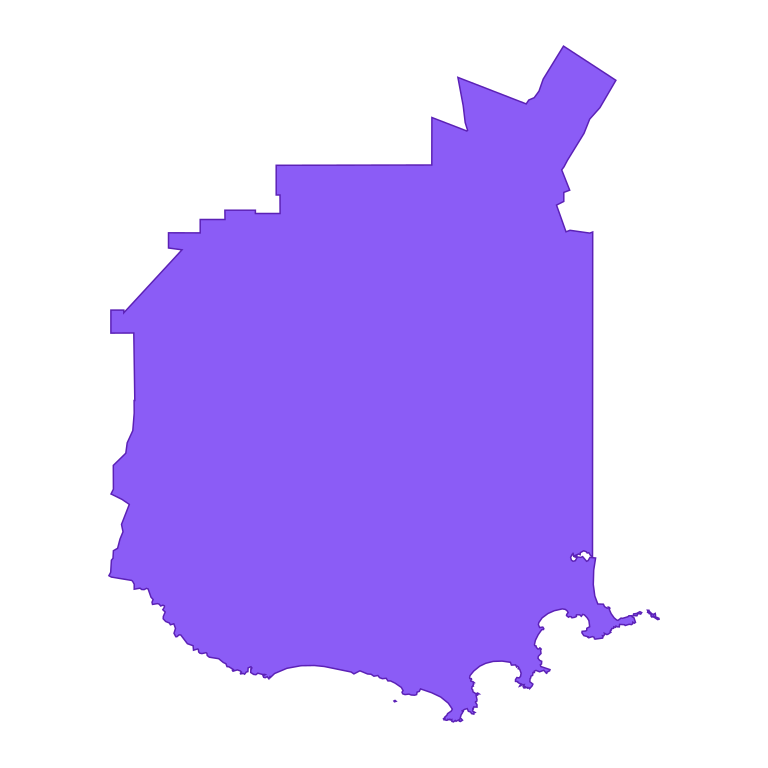 the district of Jerramungup, Western Australia, Australia
{"feature_id": "25037944B23551861043119", "entity_name": "Jerramungup", "entity_type": "district", "adm_level": 2, "iso_a3": "AUS", "parent_name": "Australia", "parent_adm1": "Western Australia", "projection": "natural_earth1", "projection_center": [119.283, -34.031], "detail": "fine", "context": "isolated", "style": "filled", "palette": "violet", "viewbox_px": 768, "rotation_deg": 0, "n_neighbors": 0, "source": "geoboundaries", "source_scale": "gbopen_adm2", "svg_char_len": 6131}
<svg xmlns="http://www.w3.org/2000/svg" viewBox="0 0 768 768"><path d="M270.4,677.5L274.6,673.5L286.9,668.3L301.1,665.7L314.4,665.5L324.3,666.5L351.1,672.0L353.9,673.9L359.9,670.8L367.6,674.0L371.0,674.2L373.9,676.2L377.9,675.5L379.5,677.6L382.4,678.7L386.2,678.3L387.9,680.9L390.5,680.9L395.2,683.2L401.3,687.4L403.1,690.6L402.0,692.2L402.7,693.8L405.0,694.6L409.0,694.1L411.2,695.0L414.7,695.2L416.6,694.6L417.1,692.1L419.3,691.4L420.5,688.9L431.6,692.7L440.7,697.0L448.3,703.2L452.3,709.1L451.3,711.0L447.6,713.6L446.8,715.3L444.7,717.2L444.7,718.2L443.8,718.4L443.0,719.3L443.7,718.9L444.1,719.8L444.9,719.0L444.9,719.6L446.1,720.3L447.5,720.1L447.9,719.3L449.0,719.8L449.9,719.2L450.5,720.0L451.8,719.5L451.9,721.4L453.5,721.9L455.2,720.5L456.0,721.3L459.3,719.6L459.3,721.2L460.5,721.5L462.5,720.2L461.2,718.7L460.1,718.6L461.1,714.9L462.7,712.4L462.3,710.9L463.3,711.1L463.3,710.2L464.8,709.3L467.2,708.6L468.4,711.3L470.6,712.0L471.5,713.6L473.8,714.1L473.9,712.9L475.0,712.5L472.6,711.0L472.8,708.7L473.3,708.9L473.7,707.0L477.0,707.1L477.0,704.7L475.5,702.4L475.6,701.6L476.7,701.4L477.0,699.8L476.1,695.3L477.6,695.1L477.8,694.0L479.0,693.9L477.6,693.0L476.0,693.8L473.0,691.8L472.7,689.8L471.7,688.7L472.1,686.6L473.3,686.1L472.9,685.3L473.6,684.5L473.3,683.1L474.3,682.8L472.9,681.6L470.9,681.2L470.7,680.5L471.6,679.3L471.3,678.6L469.8,678.5L469.6,677.6L470.0,675.6L473.8,671.0L479.7,666.2L485.7,663.3L493.2,661.4L502.1,661.1L510.4,662.3L511.4,665.1L515.6,664.9L516.6,667.0L517.5,666.3L518.4,667.0L518.8,667.8L518.2,668.7L519.7,669.3L521.1,673.2L520.5,676.5L519.0,677.9L516.9,677.5L515.5,679.6L515.5,681.4L517.7,681.6L517.7,682.2L518.9,683.1L521.4,684.0L521.0,684.6L521.4,684.9L524.1,684.6L523.3,685.9L524.0,685.8L523.9,686.6L524.8,686.7L523.6,687.6L524.0,688.0L527.7,687.5L527.8,688.2L529.7,687.9L529.8,688.5L532.2,685.8L532.9,684.1L529.8,681.7L530.1,678.5L530.7,678.0L530.9,676.2L532.6,675.4L533.0,672.6L534.4,672.5L534.2,671.3L536.0,670.4L539.6,671.8L543.8,670.3L546.4,673.3L547.0,672.9L546.8,672.2L549.6,670.8L550.0,669.6L540.8,666.5L540.3,664.8L541.5,664.0L541.7,661.3L539.7,660.4L538.0,658.3L538.3,656.3L541.0,653.5L540.6,650.2L541.2,649.1L539.9,647.9L538.9,649.0L537.7,648.9L536.2,647.1L536.1,646.0L534.7,645.6L534.5,644.4L535.4,640.3L538.2,634.7L541.7,629.7L543.5,629.5L543.8,628.6L542.8,627.1L539.6,627.5L538.4,624.7L538.8,622.6L542.1,617.9L548.0,613.5L554.3,610.7L562.3,608.9L565.3,609.4L567.2,610.9L568.1,612.6L566.7,614.4L566.5,615.6L568.5,617.2L569.3,616.6L571.1,616.7L571.9,617.8L574.7,617.3L576.4,616.5L576.3,615.1L576.8,614.8L579.7,614.8L581.3,616.3L582.7,614.4L584.3,614.8L587.1,617.7L588.9,620.6L589.7,626.7L586.8,628.3L586.7,630.3L585.7,631.0L582.1,631.3L581.9,632.8L583.8,635.6L588.1,636.8L587.9,637.3L588.7,637.8L592.4,636.6L594.1,637.3L594.5,638.9L595.2,639.1L602.6,638.1L603.0,636.9L602.5,635.7L603.7,635.8L604.7,634.4L604.4,633.3L606.9,634.6L608.4,634.0L610.9,632.2L610.2,631.5L610.7,630.1L611.3,630.1L611.8,628.5L613.6,628.3L613.8,626.8L615.4,627.3L616.0,626.1L616.9,626.8L619.3,626.9L619.6,624.4L624.4,624.7L625.2,625.5L629.1,624.3L631.5,624.6L632.6,623.8L632.8,622.2L634.3,623.2L635.5,622.4L633.9,617.7L632.0,616.7L631.7,615.7L628.8,615.8L628.0,616.7L622.7,618.3L621.0,618.1L618.0,620.4L616.7,620.0L614.1,617.8L611.1,613.6L609.3,609.5L609.9,608.2L609.4,607.5L608.3,607.1L608.4,607.9L607.2,608.2L604.5,606.6L603.4,604.2L597.8,604.0L594.8,596.0L593.3,584.5L593.7,570.2L595.6,558.0L590.0,557.4L588.1,560.6L586.6,561.3L582.6,556.6L580.9,557.4L577.4,557.0L575.3,560.7L573.0,561.3L571.4,560.1L570.6,557.4L572.1,554.5L572.9,554.9L573.0,552.7L573.7,556.4L575.8,557.2L576.9,556.8L576.9,556.3L574.9,556.8L574.7,555.7L578.6,554.0L580.1,554.7L580.4,552.6L583.7,550.8L586.2,551.7L587.2,553.0L588.8,552.7L590.6,555.5L592.5,556.6L592.7,232.0L589.8,233.1L570.0,230.3L566.0,231.8L556.5,205.1L563.8,201.4L563.8,192.4L569.7,190.2L561.7,169.9L564.0,166.8L567.5,160.2L584.0,133.4L589.7,119.1L599.9,107.7L615.9,80.3L563.5,46.1L543.2,79.1L539.0,91.1L534.2,97.7L528.8,100.0L526.2,103.9L457.9,77.4L463.2,105.7L465.2,122.6L467.6,130.3L466.8,131.0L431.9,117.5L431.8,165.0L276.2,165.3L276.2,195.0L280.0,195.0L280.1,213.5L255.4,213.5L255.4,210.2L224.9,210.2L225.0,219.5L200.2,219.5L200.2,232.9L168.5,232.8L168.5,248.0L182.0,249.8L123.8,312.8L123.8,310.1L110.9,310.1L110.9,333.1L133.8,333.0L134.8,400.5L134.1,400.5L134.2,413.1L132.8,430.6L127.2,442.8L125.8,453.2L113.3,465.4L113.4,489.2L111.0,494.0L122.0,499.4L129.3,504.4L121.5,524.4L123.0,531.8L120.0,539.1L117.6,548.3L113.4,550.7L113.0,558.3L111.4,560.2L110.7,572.3L108.9,575.7L111.4,577.1L131.5,580.4L132.5,581.1L134.2,584.2L134.2,589.2L140.0,588.2L141.7,589.5L144.2,589.6L146.4,588.4L148.1,588.9L151.0,597.2L153.1,599.5L152.0,602.2L152.5,604.4L157.5,603.6L159.1,604.1L160.7,606.0L162.9,605.2L164.4,605.8L164.4,607.1L162.8,609.7L165.2,612.0L163.3,616.5L163.2,618.8L165.7,621.5L169.4,623.0L170.4,624.8L173.8,623.8L175.5,628.4L174.0,633.3L175.8,636.7L176.9,636.7L179.2,634.8L180.8,635.0L187.4,643.7L193.1,645.7L193.5,650.2L197.6,649.0L198.3,649.3L198.7,652.0L199.9,653.2L201.9,653.6L206.0,652.7L206.9,653.3L207.2,655.5L209.3,657.2L218.7,658.7L223.3,662.5L225.9,663.7L227.0,666.6L228.9,666.8L233.6,669.7L233.7,670.2L232.5,670.4L233.0,671.2L237.3,669.9L240.2,670.9L241.5,672.1L240.4,673.2L240.6,673.9L243.3,673.5L244.6,674.2L246.3,672.0L247.9,671.6L248.1,667.9L250.9,666.7L251.9,667.9L251.6,668.5L251.3,667.8L250.9,668.7L250.7,672.5L253.6,674.4L255.9,674.7L257.8,673.2L262.8,674.5L264.7,674.4L265.3,674.6L263.0,675.7L263.7,677.3L265.2,677.7L267.2,676.7L268.9,678.8L270.0,676.7L270.4,677.5ZM649.2,613.6L651.4,614.4L650.9,615.9L651.8,617.0L653.2,616.1L653.3,617.0L654.9,616.9L655.6,615.3L655.2,613.4L653.7,614.3L652.0,613.9L649.2,611.2L649.0,610.3L647.4,610.2L647.9,611.3L647.6,612.4L649.5,612.9L649.2,613.6ZM636.5,613.5L633.6,613.9L633.2,615.6L636.9,615.8L638.1,613.5L640.7,614.1L641.7,612.6L639.9,611.7L636.5,613.5ZM657.7,619.6L659.1,619.2L658.9,618.3L656.0,617.0L654.3,617.4L657.7,619.6ZM396.1,701.3L395.0,700.4L393.9,701.0L394.5,701.8L396.1,701.3ZM519.6,686.2L520.9,685.7L521.5,685.0L520.2,685.1L519.6,686.2Z" fill="#8b5cf6" stroke="#5b21b6" stroke-width="1.5"/></svg>